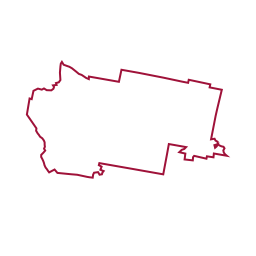 Erechim, Rio Grande do Sul, Brazil, rotated 102°
{"feature_id": "56859067B6052933451935", "entity_name": "Erechim", "entity_type": "district", "adm_level": 2, "iso_a3": "BRA", "parent_name": "Brazil", "parent_adm1": "Rio Grande do Sul", "projection": "orthographic", "projection_center": [-52.245, -27.633], "detail": "fine", "context": "isolated", "style": "outline", "palette": "rose", "viewbox_px": 256, "rotation_deg": 102, "n_neighbors": 0, "source": "geoboundaries", "source_scale": "gbopen_adm2", "svg_char_len": 1600}
<svg xmlns="http://www.w3.org/2000/svg" viewBox="0 0 256 256"><g transform="rotate(102 128 128)"><path d="M125.1,36.8L122.8,37.5L122.1,39.8L120.5,41.1L121.8,44.4L97.7,44.8L90.3,44.7L71.1,44.2L71.3,56.6L68.2,56.6L68.2,68.7L68.2,78.6L71.3,78.6L71.4,84.7L71.4,103.4L71.8,128.5L72.4,146.5L77.2,146.5L84.7,146.5L84.8,149.3L85.8,176.9L88.3,176.5L87.7,179.5L86.9,181.4L85.7,184.4L85.3,187.3L83.6,190.5L82.3,193.1L81.2,195.3L80.3,198.1L80.0,200.6L79.5,204.1L77.1,206.4L79.0,207.1L81.7,206.9L88.0,206.1L95.1,204.1L97.7,205.2L99.0,207.8L100.7,206.8L101.9,210.2L103.2,208.9L105.1,209.1L107.1,210.8L107.9,215.4L106.8,218.4L108.4,220.3L108.2,224.3L111.3,228.2L119.8,228.2L119.6,230.4L135.9,229.7L147.4,217.5L149.8,217.3L152.0,215.3L153.2,213.8L154.8,212.2L155.9,209.7L157.7,207.7L159.3,206.6L161.9,206.0L163.6,205.4L165.7,205.8L167.3,204.3L169.7,205.6L172.3,207.3L174.4,206.9L176.0,205.5L177.7,204.2L179.4,203.1L181.8,201.9L183.8,200.4L185.2,198.7L186.6,197.3L187.8,195.9L183.9,191.2L186.6,187.7L185.1,174.3L184.3,168.0L184.3,161.1L184.3,157.8L184.2,155.4L183.9,152.2L180.9,152.4L178.8,151.9L177.4,148.1L179.6,146.1L178.7,143.9L176.8,143.7L175.2,142.9L174.6,146.3L171.3,145.8L170.4,148.8L168.3,148.7L167.1,115.5L166.0,83.9L145.3,84.4L135.2,84.7L135.0,78.9L134.6,67.2L136.8,68.6L138.2,70.9L141.0,72.8L141.1,66.6L147.0,66.1L146.2,57.9L143.0,58.3L141.5,57.5L141.7,44.9L139.3,44.9L138.9,38.3L135.1,38.7L134.6,25.6L133.6,27.5L132.1,29.2L130.1,30.1L127.8,29.4L126.5,30.7L126.5,32.7L126.0,35.1L125.1,36.8ZM125.1,36.8L127.5,37.4L129.2,38.7L126.8,39.9L125.1,36.8Z" fill="none" stroke="#9f1239" stroke-width="2"/></g></svg>